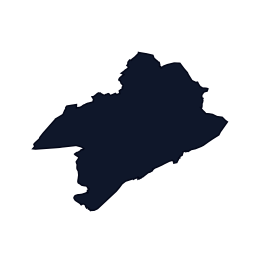 Valle nor, Aust-Agder, Norway, rotated 344°
{"feature_id": "86288312B24572790615824", "entity_name": "Valle nor", "entity_type": "district", "adm_level": 2, "iso_a3": "NOR", "parent_name": "Norway", "parent_adm1": "Aust-Agder", "projection": "natural_earth1", "projection_center": [7.485, 59.169], "detail": "fine", "context": "isolated", "style": "filled", "palette": "ink", "viewbox_px": 256, "rotation_deg": 344, "n_neighbors": 0, "source": "geoboundaries", "source_scale": "gbopen_adm2", "svg_char_len": 5401}
<svg xmlns="http://www.w3.org/2000/svg" viewBox="0 0 256 256"><g transform="rotate(344 128 128)"><path d="M195.7,80.1L190.3,78.3L183.2,78.0L179.0,78.4L176.6,79.6L176.4,79.6L176.4,79.4L176.7,78.7L176.4,78.3L176.2,78.1L175.9,77.9L175.6,77.9L175.5,77.7L175.3,77.2L175.6,76.8L175.9,76.4L176.0,73.5L175.4,73.2L174.3,71.3L174.0,71.0L172.7,68.9L172.2,68.2L172.1,67.4L172.0,65.5L171.9,65.0L166.5,62.0L159.6,58.7L158.9,58.3L158.5,59.3L154.0,61.8L150.7,63.1L150.0,63.9L148.3,63.1L146.2,64.7L145.7,65.8L145.7,66.5L144.2,67.6L144.6,68.1L145.6,69.7L143.1,71.1L141.2,71.6L140.7,72.0L138.9,72.7L136.7,73.5L137.0,73.7L138.8,75.7L138.5,75.8L136.3,76.4L133.6,77.8L133.3,78.2L132.7,78.7L132.5,79.4L132.7,79.9L132.9,80.0L133.1,80.2L133.7,80.4L133.8,83.2L134.2,83.9L134.9,84.9L134.9,85.6L134.9,86.4L133.7,87.2L133.5,88.7L132.6,89.0L131.3,89.3L130.9,89.6L129.9,89.9L129.8,91.5L129.7,91.8L129.6,92.6L129.2,92.5L128.3,92.7L127.5,92.7L126.7,92.9L126.5,92.7L126.3,92.5L125.9,92.5L125.7,92.3L125.5,91.9L125.5,91.4L125.4,91.3L125.2,91.3L124.0,91.6L123.3,91.5L123.0,91.7L120.2,91.9L119.9,91.7L119.6,91.3L119.2,90.5L119.2,90.3L119.1,90.0L118.9,89.8L118.4,89.5L116.5,89.8L115.8,89.7L115.6,89.8L115.3,90.0L115.1,89.9L114.7,90.0L114.1,90.0L113.1,89.4L113.1,89.2L112.8,89.1L112.5,88.9L112.5,88.6L112.1,88.2L111.7,87.8L111.2,87.5L111.1,87.1L111.1,86.9L110.5,86.8L110.2,86.7L109.8,86.3L109.4,86.2L108.7,86.3L107.7,86.6L106.6,87.2L105.7,87.5L104.9,87.9L104.5,88.1L104.2,88.1L103.7,88.4L102.9,88.3L102.1,88.1L102.2,88.7L102.5,89.4L102.9,91.1L102.2,91.9L102.1,92.6L102.0,93.1L99.7,93.4L99.3,93.3L98.0,93.3L96.1,93.2L95.0,93.3L94.1,93.4L92.9,93.8L92.1,93.7L91.5,93.9L90.7,94.1L90.1,94.4L89.5,94.6L88.4,94.8L88.1,95.0L83.9,94.5L84.9,91.3L75.3,90.1L75.0,90.3L74.3,90.8L74.2,90.9L74.1,91.1L73.8,91.3L73.5,91.8L73.6,92.1L73.8,92.3L73.6,92.6L73.2,93.0L72.7,93.2L72.4,93.3L69.3,97.1L67.7,97.6L60.8,99.4L60.8,99.6L60.6,99.7L54.6,103.5L45.1,109.6L40.7,112.8L40.6,113.1L40.2,113.7L39.6,114.2L34.6,116.7L33.1,117.7L33.0,118.2L33.2,118.7L33.4,119.5L33.0,120.3L30.8,121.7L33.2,122.7L54.1,127.1L56.5,127.6L60.0,128.1L60.3,128.1L60.5,128.2L73.3,130.4L78.1,133.3L79.9,135.8L79.7,135.9L79.3,136.2L78.5,136.4L77.6,136.1L76.6,136.2L76.4,136.4L76.3,136.6L75.4,137.1L74.8,137.1L73.8,137.5L73.4,137.6L72.0,137.5L70.2,138.1L69.5,138.4L69.8,139.1L72.5,142.2L72.6,142.7L72.5,143.2L72.1,143.6L69.0,146.2L68.9,147.1L69.1,149.2L68.2,151.5L67.8,153.2L68.4,155.8L67.7,159.7L66.1,163.4L65.6,164.3L65.1,165.7L65.0,166.2L65.1,166.5L65.2,166.9L65.2,167.2L66.3,168.2L67.8,170.2L69.9,171.3L71.8,172.1L72.4,172.6L72.7,173.5L72.7,174.4L72.8,174.7L73.0,174.8L73.4,175.0L73.5,175.1L73.9,175.8L73.8,176.0L73.7,176.3L73.3,176.5L72.2,176.6L71.9,176.7L71.8,177.0L71.5,177.7L71.5,178.0L72.0,178.8L71.8,179.1L71.6,179.1L71.3,179.2L70.3,178.7L69.2,179.0L65.5,179.1L63.3,178.8L62.2,178.6L61.7,178.4L61.1,178.4L59.9,178.4L58.7,178.5L58.2,178.7L57.8,179.1L57.0,179.8L56.8,180.6L56.9,181.2L57.2,182.1L57.5,183.1L61.2,187.3L61.3,187.5L61.6,188.6L61.8,188.8L62.1,188.9L62.3,188.8L62.5,188.5L63.3,188.6L63.9,188.6L64.3,188.7L65.4,189.8L65.6,190.1L65.8,190.6L65.9,190.9L66.0,191.2L65.7,191.6L65.7,191.9L65.8,192.3L66.0,192.7L66.1,193.0L66.2,193.5L67.2,193.2L67.5,193.6L68.0,194.1L68.0,194.3L67.7,194.4L67.6,194.5L67.6,194.9L68.0,195.0L68.1,195.3L68.5,195.4L68.9,196.5L69.0,196.6L69.0,196.8L69.1,197.0L69.4,197.0L70.3,197.0L70.5,197.2L72.9,197.7L76.5,197.1L99.2,185.5L102.8,183.1L106.9,180.0L110.9,178.4L118.9,178.1L119.0,178.8L119.9,178.6L120.6,178.5L121.4,178.3L122.5,178.4L124.0,177.9L124.1,178.0L123.9,178.2L124.1,178.2L124.1,178.4L124.3,178.5L124.2,178.7L124.4,178.6L124.5,178.7L124.6,178.9L124.4,179.0L124.2,178.8L123.8,179.1L123.7,179.3L123.6,179.5L123.5,179.9L124.0,179.8L124.5,179.5L124.9,179.6L125.0,179.7L125.0,179.9L125.8,179.7L126.0,179.6L126.7,179.7L127.1,179.4L127.3,179.1L127.4,178.8L127.6,178.7L128.0,178.7L128.1,178.8L128.0,179.0L128.3,179.1L128.6,179.1L128.8,179.0L134.5,176.6L135.2,176.4L136.4,176.4L136.8,176.3L137.1,176.4L137.4,176.3L137.7,176.2L138.1,176.1L138.5,176.0L139.2,175.9L139.6,175.7L139.8,175.2L140.0,175.1L140.3,174.8L140.6,174.8L140.6,174.1L141.2,174.2L141.9,174.2L142.1,174.1L142.2,173.9L145.8,173.5L150.4,172.8L153.1,172.2L158.8,171.2L159.9,171.3L161.5,171.2L161.9,171.7L163.0,172.7L163.0,172.8L162.4,173.3L162.4,173.5L162.6,173.7L162.8,174.1L162.6,174.4L165.4,174.6L166.7,173.1L167.8,172.1L168.5,170.8L168.8,171.0L169.5,171.1L170.0,169.6L172.5,169.1L174.3,166.1L177.1,165.9L177.1,166.7L178.5,166.6L179.3,167.1L181.5,166.5L182.8,166.1L187.0,166.4L193.1,165.8L195.7,165.3L201.3,163.3L206.2,161.7L213.4,159.6L215.7,157.1L225.2,149.5L223.6,147.5L221.5,143.7L216.7,141.6L215.3,140.4L213.0,138.3L209.9,136.8L206.6,135.6L206.2,134.4L204.6,131.6L203.8,129.7L203.5,128.5L203.8,128.6L204.2,128.6L204.3,128.4L204.5,128.3L204.4,128.2L204.6,128.0L204.7,127.7L204.8,127.5L205.1,127.4L205.8,124.9L206.9,123.5L207.6,121.9L207.4,121.2L207.8,120.5L208.2,120.2L208.0,119.8L207.8,119.8L207.7,119.6L207.0,119.2L206.9,119.0L207.8,117.6L207.8,116.9L208.2,116.2L209.1,115.7L210.2,114.7L211.4,114.2L214.2,114.3L215.5,112.5L215.6,112.3L214.9,111.8L213.9,111.3L212.6,110.8L211.9,110.7L211.1,110.3L210.2,109.9L210.0,109.3L209.4,108.8L208.7,108.0L207.9,105.5L207.5,103.8L207.6,103.4L207.5,103.2L207.2,103.0L206.8,103.0L206.2,103.1L205.5,103.0L205.4,102.8L205.6,102.8L202.5,100.1L200.5,93.0L200.3,91.2L198.0,86.2L195.7,80.1Z" fill="#0f172a" stroke="#020617" stroke-width="1.5"/></g></svg>